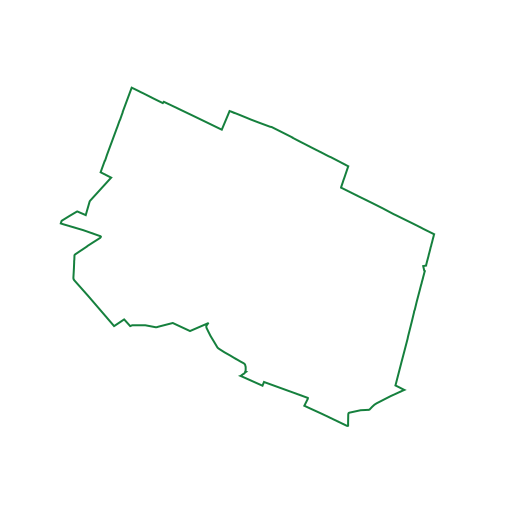 the district of Comana, Constanta, Romania, rotated 205°
{"feature_id": "2599482B35418579984246", "entity_name": "Comana", "entity_type": "district", "adm_level": 2, "iso_a3": "ROU", "parent_name": "Romania", "parent_adm1": "Constanta", "projection": "natural_earth1", "projection_center": [28.343, 43.896], "detail": "fine", "context": "isolated", "style": "outline", "palette": "green", "viewbox_px": 512, "rotation_deg": 205, "n_neighbors": 0, "source": "geoboundaries", "source_scale": "gbopen_adm2", "svg_char_len": 3551}
<svg xmlns="http://www.w3.org/2000/svg" viewBox="0 0 512 512"><g transform="rotate(205 256 256)"><path d="M446.7,203.0L444.2,203.3L423.6,206.4L405.3,208.2L404.8,208.0L404.7,207.3L404.9,206.6L406.2,204.5L409.4,199.5L413.0,193.8L413.2,193.2L415.2,189.9L418.2,185.0L419.8,182.3L420.2,181.7L420.4,181.3L420.7,180.8L420.8,180.4L420.8,180.0L420.8,179.9L420.3,178.7L419.7,177.3L419.1,175.9L418.6,174.4L418.2,173.6L415.7,167.6L414.1,163.6L412.3,159.1L411.8,158.2L411.7,158.2L410.8,157.4L410.7,157.3L401.0,153.1L391.3,148.9L355.0,132.5L354.6,133.1L348.7,142.8L348.4,142.7L340.4,139.3L338.9,140.9L328.9,145.6L327.2,146.4L316.6,149.1L316.4,149.2L315.4,149.9L314.8,150.5L310.8,153.8L303.1,160.1L295.4,160.1L284.1,160.1L270.6,175.3L271.1,174.2L271.3,173.0L271.5,171.7L271.0,170.6L270.3,169.8L266.7,166.9L263.4,164.3L257.0,160.0L252.3,156.8L251.2,156.4L249.3,156.1L244.0,155.4L237.3,154.9L230.9,154.2L230.9,154.3L225.6,153.8L222.1,153.6L220.9,153.4L220.0,152.9L218.5,151.1L217.5,149.0L216.7,147.1L216.9,146.8L216.8,146.7L216.1,146.8L216.7,145.8L216.8,145.6L216.8,145.3L217.0,144.5L217.5,143.9L218.5,142.2L218.6,141.9L219.2,140.9L219.3,140.8L195.3,141.2L195.5,145.2L195.4,145.2L149.0,149.3L148.9,149.2L148.7,148.4L148.9,140.7L142.9,140.7L129.6,140.8L101.9,140.5L101.0,140.8L100.8,141.1L102.2,144.1L103.8,147.7L105.4,151.3L105.7,152.5L105.6,152.8L105.5,153.1L105.4,153.2L105.1,153.5L95.9,160.5L93.4,161.8L90.2,163.5L88.8,164.2L88.5,164.6L88.2,164.8L87.3,167.5L87.0,168.4L85.8,171.3L84.4,173.5L81.9,176.7L78.5,181.1L74.6,186.1L66.5,195.6L65.0,197.3L65.5,197.3L70.6,197.5L74.9,197.6L79.1,220.3L79.1,220.2L81.3,232.4L83.6,244.9L84.2,247.4L85.9,256.3L86.8,260.9L86.8,261.0L89.0,271.9L89.3,272.7L89.3,273.1L89.3,273.3L89.4,274.5L90.2,278.4L91.0,282.3L92.5,290.6L93.2,294.5L93.9,298.2L94.0,298.8L94.2,299.8L94.3,300.8L94.5,301.7L94.8,303.1L95.1,305.2L95.2,305.4L95.3,306.3L95.4,306.8L95.5,307.1L95.8,308.9L96.5,312.7L96.6,313.7L97.4,313.9L97.9,314.6L99.1,316.1L100.2,317.5L97.8,319.2L97.9,319.4L98.4,321.9L98.4,322.0L98.6,322.8L99.0,325.2L99.6,328.6L100.0,330.4L100.3,332.2L100.9,335.4L101.4,337.8L101.5,338.8L101.6,339.4L101.7,339.8L101.8,340.1L102.3,343.1L102.7,345.1L102.8,345.6L103.1,347.2L103.1,347.3L103.5,349.6L103.7,350.2L103.7,350.4L103.8,350.7L103.8,350.9L103.8,351.0L116.4,351.3L117.5,351.4L127.3,351.7L136.9,351.9L141.7,352.0L146.5,352.1L148.9,352.1L162.5,352.8L163.2,352.8L169.6,353.0L170.0,353.0L172.9,353.1L173.4,353.1L188.3,353.4L207.8,353.9L207.9,354.2L208.5,359.5L208.8,361.8L208.9,363.2L209.0,364.2L209.1,365.2L209.9,372.5L210.3,376.3L210.5,376.3L223.3,376.9L228.1,377.1L230.2,377.2L230.9,377.1L231.7,377.1L233.0,377.1L234.9,377.2L235.7,377.2L237.1,377.3L239.7,377.4L246.4,377.6L252.5,377.8L262.9,378.2L263.3,378.2L272.8,378.6L272.9,378.8L279.1,379.0L296.4,379.5L297.8,379.1L310.0,378.1L314.1,377.8L318.2,377.5L323.0,377.3L331.3,376.9L337.9,376.5L337.8,376.4L338.7,376.4L341.2,376.2L341.0,371.8L340.4,356.0L352.2,356.2L373.0,356.5L404.7,356.8L405.1,355.2L415.0,355.4L427.5,355.8L430.0,355.8L431.6,355.9L437.0,356.0L439.8,356.0L437.7,330.2L437.5,329.8L437.2,326.1L437.1,325.6L437.0,324.2L436.8,322.4L436.8,321.9L436.8,320.5L436.2,314.2L436.1,312.4L435.8,309.0L435.8,308.9L434.9,298.1L434.8,296.8L434.4,291.9L433.8,284.7L433.5,282.1L433.4,281.5L433.1,278.5L433.2,278.3L433.3,278.2L432.9,273.8L432.6,270.3L432.2,266.2L420.5,265.8L420.4,265.8L429.7,236.0L429.8,235.1L427.6,221.1L427.9,221.1L431.4,221.0L434.6,220.9L435.7,220.9L436.9,220.8L437.9,219.4L442.0,213.4L447.0,205.8L446.9,204.3L446.7,203.0Z" fill="none" stroke="#15803d" stroke-width="2"/></g></svg>